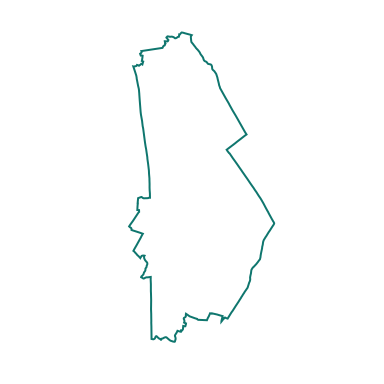 outline of Gia Rai, Bạc Liêu, Vietnam, rotated 104°
{"feature_id": "81297802B74217032443586", "entity_name": "Gia Rai", "entity_type": "district", "adm_level": 2, "iso_a3": "VNM", "parent_name": "Vietnam", "parent_adm1": "Bạc Liêu", "projection": "albers", "projection_center": [105.394, 9.263], "detail": "fine", "context": "isolated", "style": "outline", "palette": "teal", "viewbox_px": 384, "rotation_deg": 104, "n_neighbors": 0, "source": "geoboundaries", "source_scale": "gbopen_adm2", "svg_char_len": 5944}
<svg xmlns="http://www.w3.org/2000/svg" viewBox="0 0 384 384"><g transform="rotate(104 192 192)"><path d="M84.4,279.3L89.0,276.4L92.6,274.2L94.4,273.4L95.6,273.0L96.8,272.4L102.0,270.0L104.5,268.7L105.7,268.2L109.2,267.0L110.8,266.5L115.7,264.9L125.6,261.6L126.5,261.3L127.6,260.9L129.4,260.2L135.2,257.6L137.1,256.9L140.0,255.8L142.3,254.7L155.3,249.6L159.1,248.0L161.7,246.8L164.9,245.5L169.0,243.8L170.6,243.3L175.3,241.4L181.1,239.2L182.0,238.9L184.7,238.1L189.1,236.6L191.0,236.1L194.5,235.1L197.8,234.3L200.6,233.5L203.6,232.5L207.7,231.4L207.9,232.2L208.0,232.4L208.4,232.9L208.6,233.2L209.8,237.4L209.7,237.9L209.7,238.2L209.1,239.6L209.1,240.0L211.0,242.8L212.4,242.6L216.2,242.0L216.2,241.8L218.5,241.5L222.7,240.7L222.4,239.0L224.1,238.5L224.7,238.9L231.2,241.2L234.6,242.4L238.3,243.9L240.6,244.7L240.9,244.2L241.1,243.9L241.7,242.3L242.2,241.9L242.4,241.8L243.5,241.5L244.1,232.7L244.4,229.6L246.5,230.2L248.8,230.7L257.4,233.0L261.2,234.1L263.3,234.6L263.8,233.5L264.5,232.6L265.3,231.3L266.5,229.7L267.2,228.3L268.6,226.2L268.0,226.1L267.2,225.7L266.4,225.5L266.2,225.4L266.0,225.1L265.7,224.6L265.3,223.3L265.3,222.9L265.3,222.7L265.6,222.8L266.1,222.8L266.6,222.8L267.2,222.6L267.8,222.4L268.5,221.9L269.1,221.4L269.4,221.1L270.5,219.7L271.2,218.6L271.4,218.4L271.6,218.3L272.3,218.0L272.8,217.9L273.3,217.9L274.3,218.1L274.7,218.1L275.9,218.0L276.4,218.1L276.9,218.4L277.5,218.6L277.9,218.6L278.9,218.3L279.9,218.4L280.5,218.6L281.4,219.0L281.7,219.1L283.7,219.2L285.1,219.9L286.1,220.6L286.3,220.7L287.0,220.7L287.1,220.1L287.7,218.4L287.7,218.1L287.6,217.8L287.4,217.5L286.7,216.8L286.3,216.3L285.8,215.5L285.4,214.0L284.4,211.5L285.6,211.2L286.7,211.0L291.4,209.6L298.2,207.9L300.2,207.3L306.7,205.5L310.9,204.5L315.6,203.4L320.1,202.1L324.7,200.9L326.9,200.3L328.7,199.9L332.2,198.9L344.4,195.7L344.3,194.0L344.2,193.7L343.9,193.3L343.5,192.9L343.2,192.7L342.6,192.5L341.2,192.3L340.9,192.2L340.6,191.8L340.5,191.6L340.6,191.3L341.4,190.0L342.1,188.6L342.2,188.3L342.3,187.6L342.4,187.3L342.9,186.4L342.8,186.2L342.7,186.2L342.0,186.4L341.9,186.3L341.8,186.2L341.4,185.3L341.2,185.0L340.2,183.9L339.8,183.4L339.4,182.7L339.2,182.2L339.2,181.9L339.4,181.2L339.7,180.7L340.1,179.9L341.0,178.1L341.4,177.1L341.5,176.6L341.6,175.1L341.7,174.2L341.6,173.1L341.5,172.6L341.2,172.4L340.8,172.4L339.7,172.4L339.2,172.3L338.5,172.4L338.0,172.5L337.3,172.8L336.6,173.2L335.9,173.7L335.6,173.8L335.1,173.8L334.6,173.7L332.2,172.9L330.9,172.6L330.2,172.5L330.3,170.8L330.3,169.2L330.3,168.9L330.1,168.8L329.6,168.7L329.5,168.8L329.4,169.1L329.2,169.2L328.9,169.2L328.8,168.2L328.6,168.0L328.3,168.0L327.3,167.6L327.0,167.6L326.1,167.8L324.1,168.1L324.1,166.6L324.0,166.2L323.9,166.0L321.8,165.9L321.0,166.0L321.0,166.9L320.9,167.1L320.7,167.2L320.6,168.1L319.5,168.0L319.0,168.1L318.5,168.4L318.0,168.6L317.1,169.3L316.8,169.4L316.4,169.4L316.1,169.3L315.7,168.9L315.1,168.3L314.6,168.0L314.2,167.9L313.8,168.0L312.0,168.4L311.6,168.4L312.5,166.0L313.2,164.3L313.8,158.5L313.9,156.4L314.1,156.3L314.2,156.1L314.5,155.2L314.5,154.9L314.2,153.5L312.8,146.5L310.7,146.2L308.4,145.6L305.3,145.1L305.3,143.4L304.9,143.3L304.9,142.5L304.8,138.0L305.0,134.2L305.0,132.3L310.1,132.2L310.6,132.1L309.3,131.5L306.8,130.6L306.9,130.3L306.0,129.9L305.9,129.8L305.8,129.6L305.9,129.1L306.1,128.5L306.2,126.8L299.3,124.6L297.4,123.8L292.0,122.0L287.2,120.3L285.3,119.7L282.7,118.8L282.1,118.7L281.1,118.3L279.1,117.7L277.2,117.0L276.4,116.8L271.4,114.9L269.6,114.8L268.1,114.7L266.2,114.6L264.6,114.3L263.9,114.3L263.1,114.3L262.3,114.5L261.1,114.9L260.5,115.0L258.6,115.1L256.8,115.1L254.4,115.4L253.4,115.5L252.7,115.4L250.6,114.7L249.8,114.1L246.4,112.2L243.7,111.0L242.1,110.4L241.0,109.8L240.3,109.8L238.6,109.8L237.4,110.0L236.1,110.1L234.9,110.2L229.3,110.4L228.5,110.6L225.9,110.6L224.3,110.8L223.0,110.9L221.9,110.8L221.1,110.7L219.0,110.0L218.2,109.8L217.3,109.4L212.5,107.9L210.7,107.2L206.2,105.7L204.0,104.9L203.1,104.7L202.4,104.7L201.2,105.7L200.7,106.3L199.8,107.1L199.0,107.9L196.6,110.1L194.0,112.5L193.1,113.2L191.9,114.4L189.3,116.8L185.8,119.9L182.9,122.7L181.6,124.0L179.4,126.5L176.6,129.4L174.8,131.5L172.9,133.5L172.0,134.6L169.3,137.7L165.6,141.8L163.8,143.9L161.6,146.4L160.4,147.8L159.2,149.1L156.7,152.0L154.2,154.8L149.2,160.7L145.5,164.8L145.3,165.4L144.9,165.9L143.9,167.2L142.6,168.6L134.0,161.7L132.5,160.6L126.8,156.1L124.5,154.3L123.0,153.0L120.9,155.2L109.4,166.1L107.0,168.4L103.0,172.4L100.2,175.0L98.6,176.5L97.3,177.6L92.5,182.3L84.5,189.8L84.2,190.0L83.4,190.4L82.0,191.4L81.2,191.8L80.5,192.1L76.0,194.5L74.9,195.0L72.5,196.5L71.7,197.0L71.1,197.6L69.7,199.2L69.4,199.5L68.4,201.4L68.0,201.9L67.5,202.2L65.3,203.0L65.0,203.2L64.3,203.7L63.8,204.4L63.7,205.1L63.8,207.0L63.8,207.3L63.5,207.9L62.8,208.7L62.3,209.4L62.1,210.1L61.9,211.3L61.7,211.7L61.3,212.2L60.9,212.6L59.6,213.4L58.9,213.8L57.9,214.9L56.4,216.8L55.9,217.3L55.0,218.0L54.2,218.8L52.4,221.2L52.2,221.7L52.0,221.9L51.3,223.0L50.3,224.1L49.5,225.2L48.1,226.9L47.3,228.0L46.9,228.6L46.5,228.9L45.4,229.4L42.0,230.6L41.4,230.7L40.6,230.5L39.9,230.2L39.8,231.7L39.7,237.2L39.6,239.1L39.7,240.5L39.8,240.7L40.6,241.2L41.8,241.8L42.5,242.1L42.4,242.5L44.5,242.3L45.0,243.3L46.1,244.2L46.6,244.8L46.8,245.1L46.9,245.8L46.5,246.6L46.2,247.3L46.1,249.1L46.3,249.7L46.5,250.3L46.7,250.8L46.8,252.7L47.0,253.5L47.6,253.8L48.2,254.2L48.4,254.2L49.1,253.1L49.9,252.3L50.2,252.0L50.3,251.7L50.6,251.7L51.4,251.9L51.6,252.0L51.8,252.2L51.9,252.8L52.3,254.9L52.6,254.8L53.9,254.1L54.3,254.1L54.4,253.7L55.0,253.8L56.4,254.0L56.6,254.2L56.9,254.8L57.8,255.2L59.3,255.5L67.5,275.2L68.0,274.8L68.5,274.7L69.0,274.9L69.6,275.1L70.4,275.8L71.2,275.3L72.0,274.7L71.7,273.9L71.7,272.9L73.0,272.7L75.8,272.4L77.0,272.4L77.2,270.9L80.2,271.0L79.8,271.9L79.8,272.2L80.0,272.3L80.5,272.6L81.0,272.9L81.5,273.4L82.3,274.0L82.0,275.1L82.0,276.1L82.7,276.2L83.1,276.5L83.6,277.1L84.1,278.4L84.4,279.1L84.4,279.3Z" fill="none" stroke="#0f766e" stroke-width="2"/></g></svg>